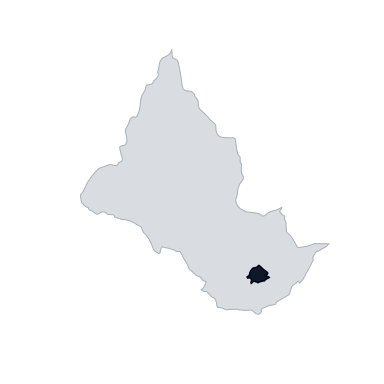 location of Baoro, Nana-Mambéré, Central African Republic, rotated 247°
{"feature_id": "33826404B60338684619617", "entity_name": "Baoro", "entity_type": "district", "adm_level": 2, "iso_a3": "CAF", "parent_name": "Central African Republic", "parent_adm1": "Nana-Mambéré", "projection": "robinson", "projection_center": [16.033, 5.49], "detail": "fine", "context": "in_parent", "style": "filled", "palette": "ink", "viewbox_px": 384, "rotation_deg": 247, "n_neighbors": 0, "source": "geoboundaries", "source_scale": "gbopen_adm2", "svg_char_len": 5177}
<svg xmlns="http://www.w3.org/2000/svg" viewBox="0 0 384 384"><g transform="rotate(247 192 192)"><path d="M258.5,142.1L261.7,143.0L262.2,144.1L261.4,147.7L262.0,149.9L263.8,151.8L265.6,152.6L267.3,153.1L273.3,154.2L275.8,155.5L279.1,159.7L283.2,163.5L284.2,165.5L284.1,167.4L282.8,169.6L283.0,170.5L284.9,172.7L287.1,175.0L291.1,177.6L298.0,181.5L301.2,184.2L302.3,186.2L304.0,188.4L306.5,190.4L308.2,191.9L307.1,196.3L307.4,197.7L308.0,199.0L309.5,200.7L310.1,202.9L311.5,205.7L313.2,206.9L316.1,207.4L317.6,208.7L320.7,210.9L323.7,212.8L325.0,214.1L325.8,215.2L326.5,216.6L326.9,218.0L327.0,220.9L327.5,224.6L329.1,227.1L330.7,228.9L324.5,226.8L323.6,226.7L322.5,227.1L319.3,229.8L318.2,230.1L314.2,229.5L304.4,227.4L296.8,225.4L294.5,224.7L290.5,224.0L287.8,225.4L285.3,230.1L284.6,231.0L280.7,232.4L278.8,232.0L274.3,233.3L267.3,231.3L264.7,231.7L262.8,232.7L257.7,234.8L254.7,236.0L251.1,237.1L247.7,238.8L245.5,239.8L243.2,239.7L241.2,238.8L239.0,238.0L236.4,237.8L233.6,238.3L231.3,240.1L230.4,241.5L228.4,245.0L226.0,250.8L225.1,252.0L224.2,252.6L213.2,249.7L208.5,249.0L205.3,249.9L201.3,248.3L199.5,248.0L198.7,248.5L196.5,247.8L192.8,245.8L189.4,245.0L186.2,245.3L184.3,244.6L182.8,242.7L180.8,239.2L177.2,235.7L172.4,232.9L169.4,230.8L168.2,229.4L165.7,228.6L161.7,228.5L157.9,229.9L152.5,234.2L147.4,243.1L144.6,246.5L142.3,247.4L141.8,249.6L142.9,253.0L143.2,256.9L142.4,263.6L142.7,268.5L141.5,267.7L140.3,265.4L139.8,265.0L136.4,266.0L134.7,266.9L133.8,267.8L133.1,267.9L132.0,266.7L131.2,266.5L129.9,266.7L128.5,266.7L127.7,266.5L127.1,266.6L125.5,265.9L119.8,264.0L118.8,263.4L117.6,263.5L114.6,265.1L113.1,265.6L108.3,266.6L103.2,267.1L101.3,267.1L99.9,267.8L99.1,268.8L97.5,275.0L97.1,276.1L97.1,277.6L96.7,282.6L96.9,284.1L90.8,297.8L89.8,295.5L89.1,292.8L88.9,289.8L89.0,289.0L88.6,288.1L88.1,285.6L88.6,284.0L88.2,282.3L87.0,280.6L86.0,279.4L85.3,278.2L84.8,277.7L83.6,277.6L82.0,277.0L75.3,269.0L68.2,260.0L66.8,257.1L66.2,255.4L67.9,255.2L68.4,254.9L68.4,254.1L67.3,251.8L66.8,248.9L66.0,247.1L63.2,244.4L60.6,242.3L59.7,241.2L59.3,239.7L58.2,230.0L57.8,227.2L57.0,226.0L56.4,225.5L56.1,224.8L56.3,223.1L56.6,221.5L56.6,220.9L57.3,219.6L57.3,210.6L56.5,209.4L54.9,209.4L54.0,208.1L53.3,206.4L53.5,205.2L55.1,203.4L56.1,202.7L59.1,201.3L59.9,200.6L60.5,199.7L60.8,198.5L62.6,193.9L65.1,189.3L66.2,188.3L68.9,181.6L69.5,179.8L69.9,178.1L70.8,176.7L73.6,174.4L75.8,170.4L78.1,170.6L80.5,171.3L83.6,171.6L86.0,170.8L87.5,169.2L94.9,166.5L95.5,164.4L96.7,163.3L98.0,162.3L98.5,162.1L98.6,162.8L99.4,165.1L101.1,167.3L103.6,169.8L104.3,169.6L105.9,167.7L109.7,166.6L110.7,166.1L113.5,163.4L116.8,161.7L118.7,161.1L122.1,159.3L124.4,159.5L128.3,159.2L134.6,158.4L139.3,158.1L141.6,157.8L142.2,157.4L143.1,154.8L143.8,154.1L145.5,153.0L148.9,149.1L151.1,145.8L151.8,144.6L152.2,144.4L153.2,143.0L152.2,141.5L148.4,138.6L148.5,138.2L148.3,137.7L148.5,137.3L149.9,136.1L151.9,134.8L153.9,134.2L159.4,134.3L164.0,134.1L165.1,134.1L168.7,133.4L171.2,132.8L173.7,131.4L179.5,131.6L184.2,128.0L185.6,127.3L186.2,126.8L186.4,126.2L188.6,124.8L191.1,121.9L193.1,119.2L193.6,117.3L199.1,111.0L200.9,111.1L201.9,110.4L204.0,106.1L204.7,105.4L206.9,104.6L207.9,103.4L208.8,101.5L208.8,99.2L208.4,97.4L208.4,96.5L208.9,95.6L209.8,94.8L213.9,92.5L214.9,91.4L215.5,90.5L216.7,90.3L218.0,90.4L218.7,89.8L219.6,88.7L222.5,87.3L225.1,86.2L227.9,86.7L232.9,88.1L234.4,91.1L235.2,92.2L241.4,99.3L242.6,101.0L245.8,106.2L247.7,109.7L249.8,114.7L250.1,117.4L249.8,119.8L249.4,126.4L248.8,128.3L246.1,131.8L246.0,133.5L246.6,134.8L247.4,135.3L247.9,136.0L247.6,139.1L248.6,140.3L250.7,141.1L255.8,141.7L258.5,142.1Z" fill="#d9dde1" stroke="#a8b0b8" stroke-width="1"/><path d="M83.1,229.8L84.1,229.3L84.6,228.8L85.1,227.9L85.5,227.2L85.6,226.6L85.8,226.3L86.3,226.4L86.5,226.7L86.6,226.9L86.5,227.9L86.6,228.7L87.1,229.4L87.5,230.0L88.3,230.0L88.6,229.9L89.3,229.6L90.5,228.9L93.0,227.4L96.4,226.0L98.3,225.0L98.1,223.8L97.7,222.8L97.5,222.4L97.4,222.0L97.9,219.9L98.0,219.4L98.1,219.0L98.1,218.5L98.1,218.3L98.0,218.0L98.0,217.7L97.7,217.3L97.0,216.3L96.9,216.1L96.9,215.7L96.8,215.4L96.7,215.2L96.0,214.6L95.2,214.0L95.1,213.6L94.7,213.4L94.0,213.2L93.3,212.3L92.8,211.6L92.6,211.3L92.5,211.0L92.5,210.6L92.5,210.2L92.5,209.9L92.4,209.6L92.2,209.5L91.7,209.4L91.3,209.5L91.0,209.6L90.9,210.2L90.6,211.2L89.9,211.9L89.1,212.5L88.6,212.5L88.2,212.4L87.9,212.3L87.7,212.2L87.4,212.1L87.1,212.2L86.8,212.1L86.6,212.0L86.3,211.5L86.0,211.0L85.7,211.0L84.9,210.9L85.0,211.1L84.9,211.9L85.0,212.1L85.2,212.3L85.4,212.3L85.5,212.4L85.6,212.6L85.6,212.9L85.6,213.2L85.6,213.5L85.5,213.9L85.5,214.0L85.3,214.6L85.1,214.9L84.9,215.1L84.8,215.4L84.6,215.5L84.3,215.7L84.3,215.9L84.1,216.3L83.6,216.6L83.2,216.7L83.0,217.0L82.7,217.4L82.7,217.7L82.8,217.9L82.8,218.0L82.9,218.3L82.8,218.6L82.8,218.9L82.8,219.1L82.8,219.3L82.8,219.6L82.5,221.2L82.4,221.6L82.4,221.8L82.4,222.0L82.3,222.5L82.2,223.0L82.0,223.7L81.9,224.0L82.0,224.2L82.1,224.4L82.3,224.7L82.4,224.8L82.4,225.0L82.5,225.3L82.6,225.5L82.6,225.9L82.7,226.4L82.7,226.6L82.8,226.9L82.9,227.2L83.0,227.4L83.0,227.8L83.0,228.1L82.9,228.4L82.9,228.6L83.0,229.4L83.1,229.8Z" fill="#0f172a" stroke="#020617" stroke-width="1.5"/></g></svg>